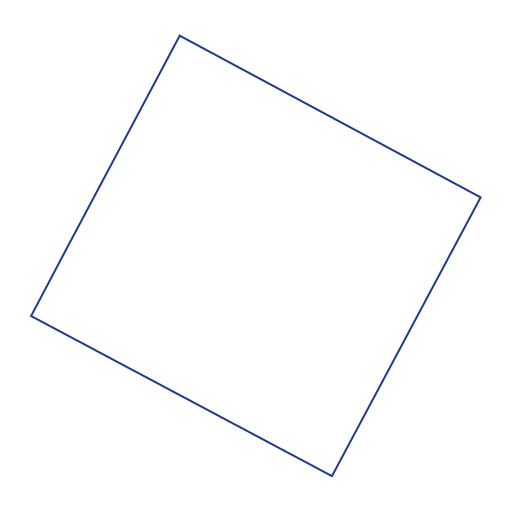 outline of Palo Alto, Iowa, United States of America, rotated 208°
{"feature_id": "52423323B23410218305479", "entity_name": "Palo Alto", "entity_type": "district", "adm_level": 2, "iso_a3": "USA", "parent_name": "United States of America", "parent_adm1": "Iowa", "projection": "natural_earth1", "projection_center": [-94.678, 43.082], "detail": "fine", "context": "isolated", "style": "outline", "palette": "blue", "viewbox_px": 512, "rotation_deg": 208, "n_neighbors": 0, "source": "geoboundaries", "source_scale": "gbopen_adm2", "svg_char_len": 232}
<svg xmlns="http://www.w3.org/2000/svg" viewBox="0 0 512 512"><g transform="rotate(208 256 256)"><path d="M85.6,97.3L85.2,413.2L426.8,414.7L426.7,176.1L426.4,97.4L85.6,97.3Z" fill="none" stroke="#1e3a8a" stroke-width="2"/></g></svg>